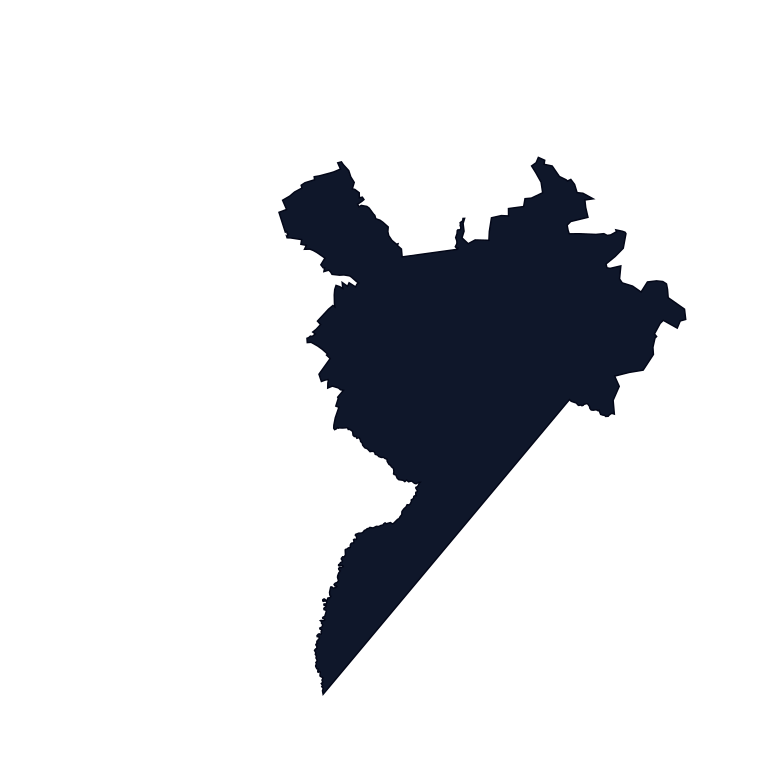 outline of Z F Mgcawu, Northern Cape, South Africa, rotated 220°
{"feature_id": "47623444B49450251729649", "entity_name": "Z F Mgcawu", "entity_type": "district", "adm_level": 2, "iso_a3": "ZAF", "parent_name": "South Africa", "parent_adm1": "Northern Cape", "projection": "robinson", "projection_center": [20.762, -27.405], "detail": "fine", "context": "isolated", "style": "filled", "palette": "ink", "viewbox_px": 768, "rotation_deg": 220, "n_neighbors": 0, "source": "geoboundaries", "source_scale": "gbopen_adm2", "svg_char_len": 6171}
<svg xmlns="http://www.w3.org/2000/svg" viewBox="0 0 768 768"><g transform="rotate(220 384 384)"><path d="M552.2,433.7L549.9,435.6L539.9,441.7L537.5,437.6L532.6,440.3L531.5,436.1L527.4,439.7L524.1,440.8L519.9,441.6L510.2,442.5L509.0,434.7L505.2,433.9L504.2,434.9L502.3,431.5L499.5,435.7L496.9,435.5L494.3,434.6L488.0,438.8L484.8,441.8L479.9,444.7L477.7,445.0L471.0,444.8L468.4,445.1L468.9,443.2L468.2,440.1L475.8,439.1L474.7,435.4L481.3,434.9L477.0,430.7L480.5,430.1L484.1,428.7L482.5,424.7L479.4,420.3L473.5,413.6L471.2,411.5L473.6,411.3L474.6,405.7L475.4,389.4L470.8,388.8L471.1,382.4L472.0,378.0L468.8,378.2L469.5,374.4L471.2,373.3L471.5,371.1L472.4,369.5L469.4,366.4L466.6,369.1L459.2,370.5L453.8,370.9L446.5,370.7L446.6,369.2L441.6,368.9L440.1,349.7L433.6,345.7L431.5,349.3L429.8,351.4L428.7,350.6L427.8,348.9L424.5,344.7L422.2,349.2L416.3,351.7L413.7,351.6L411.0,353.1L411.0,344.1L409.7,343.4L406.7,336.1L403.6,337.2L399.6,326.8L396.0,320.3L394.1,317.8L392.5,317.3L391.7,319.0L391.5,320.8L390.6,320.8L389.9,321.8L387.5,323.6L384.3,326.7L383.7,327.0L382.2,326.2L380.8,327.3L377.6,327.5L374.8,324.9L373.0,324.7L371.8,325.8L369.9,325.0L368.5,327.0L366.1,325.9L364.9,324.9L362.8,324.8L360.9,323.4L357.7,322.8L355.1,323.7L351.2,323.2L349.8,324.9L348.2,325.7L347.3,325.7L345.5,324.5L343.4,325.4L341.3,325.1L338.7,326.1L337.3,327.5L335.3,327.6L333.4,328.3L331.8,326.8L328.5,325.6L326.8,325.9L325.1,325.4L322.4,325.4L320.1,323.2L318.9,321.3L318.0,321.2L316.6,322.0L313.3,320.3L311.2,320.2L307.5,322.5L305.3,322.6L304.9,324.9L302.3,324.9L301.0,326.8L300.2,327.5L297.0,327.5L295.8,327.9L295.2,328.4L294.2,331.0L293.2,331.8L293.3,331.2L292.3,326.9L293.1,325.6L292.9,324.8L289.6,323.6L289.3,322.9L290.0,321.5L288.8,319.9L287.5,319.2L288.7,317.9L288.9,317.1L287.8,315.2L288.6,312.7L287.4,311.5L286.8,308.7L287.0,307.6L288.7,306.4L288.1,304.0L288.5,301.4L288.4,298.7L288.2,297.7L286.4,295.4L286.4,292.8L285.9,290.6L286.6,289.0L287.1,283.2L287.8,282.2L290.0,282.0L292.4,278.4L293.9,278.3L294.3,276.8L294.2,275.3L295.6,273.4L296.3,271.6L298.4,270.0L299.8,266.7L302.6,265.1L302.8,263.8L303.9,262.3L304.1,260.7L304.9,259.2L304.8,256.8L305.2,255.7L305.9,254.8L307.4,253.6L309.1,250.5L308.6,249.6L307.1,249.6L305.3,247.7L305.3,247.2L307.0,246.0L307.2,245.1L305.9,244.2L305.1,242.8L306.4,241.5L306.7,240.4L306.3,239.0L304.8,237.2L306.0,235.4L306.3,233.7L307.1,232.6L307.1,232.0L303.7,228.3L303.3,226.1L304.6,225.1L304.6,223.0L303.8,222.2L302.3,222.0L301.9,221.4L301.8,220.8L302.5,219.2L302.2,217.7L302.6,216.5L302.4,216.0L301.9,215.7L301.0,216.2L299.3,218.4L298.0,218.0L298.5,216.1L300.1,214.7L300.2,213.6L299.3,212.8L297.3,212.7L297.2,210.2L296.1,207.1L295.2,205.9L292.5,204.1L292.2,202.2L293.3,200.1L293.4,198.4L292.0,197.8L291.0,198.7L290.1,198.6L290.2,197.4L291.3,195.1L293.6,195.0L294.3,194.2L291.8,189.4L289.8,187.5L288.4,187.3L288.1,186.8L288.1,185.5L289.4,184.0L288.6,181.9L288.7,181.4L289.2,181.1L291.5,181.0L292.0,180.4L292.2,179.3L291.5,178.5L290.8,178.5L289.4,180.3L287.5,180.2L286.9,178.4L288.5,177.0L288.2,176.3L287.7,176.0L286.2,176.8L285.6,176.6L285.3,176.0L285.9,174.1L285.6,173.1L284.7,172.6L283.5,173.3L282.4,173.1L282.0,172.6L280.0,167.9L280.8,166.2L280.7,165.4L280.1,165.1L278.4,165.8L277.7,165.0L278.0,163.9L280.3,162.4L280.6,161.8L279.0,161.9L278.2,160.6L276.4,160.3L275.3,158.3L276.3,155.7L275.4,155.1L273.8,155.7L273.3,155.2L273.0,153.9L271.6,152.6L271.4,152.1L271.7,151.5L273.0,151.0L273.5,150.2L273.6,148.2L272.8,147.5L271.5,148.3L270.2,147.9L269.9,147.2L270.2,146.0L269.6,145.2L270.1,143.9L269.2,142.7L268.4,142.6L268.8,141.1L268.6,140.4L266.7,139.8L265.5,138.2L266.1,137.0L266.0,135.3L263.5,134.3L262.8,132.7L261.0,132.3L260.0,130.4L258.1,129.7L257.1,128.5L257.2,126.9L255.9,126.2L255.3,124.3L254.7,123.7L252.4,122.7L251.4,123.3L249.7,120.9L249.1,120.9L248.4,122.3L247.7,122.5L245.6,119.5L244.9,119.1L242.3,119.7L241.7,119.2L241.2,117.3L239.2,116.2L239.5,114.2L237.3,113.7L237.2,112.2L234.8,111.7L234.0,109.5L231.2,107.2L231.9,491.3L229.5,491.1L224.3,493.1L222.1,492.6L221.0,492.8L219.9,494.3L218.4,494.6L217.7,495.8L217.8,496.8L216.3,499.1L215.3,499.7L212.3,499.0L210.6,497.7L208.6,497.3L206.9,498.4L204.9,500.7L202.8,501.1L202.4,502.1L198.5,500.0L196.0,501.0L195.0,501.9L193.4,501.6L191.5,503.4L191.6,504.5L191.2,506.6L190.6,508.0L188.2,509.0L198.0,518.8L202.3,533.4L212.4,538.3L203.6,550.5L194.4,561.2L196.6,579.8L201.6,585.0L205.9,593.3L205.7,595.6L209.0,596.2L211.4,607.9L211.0,612.3L195.3,615.3L197.6,622.7L194.4,627.4L201.9,634.5L221.8,632.8L227.6,638.7L231.9,642.2L232.6,642.2L236.3,641.7L241.5,638.2L247.8,631.5L246.2,619.7L256.5,618.8L266.5,614.6L271.1,615.9L278.5,626.7L285.1,617.9L287.9,616.3L291.1,618.7L288.9,630.2L288.0,641.8L295.3,654.7L296.9,655.2L299.4,654.3L305.5,651.1L303.8,650.1L306.2,643.9L308.5,641.3L312.2,640.5L317.8,634.8L331.3,624.4L338.6,618.1L341.7,620.0L345.8,623.4L345.4,628.5L334.9,642.8L343.0,648.9L348.4,654.1L342.8,660.3L354.2,658.0L359.1,654.7L366.3,659.4L372.4,660.8L373.9,657.4L375.8,657.5L383.0,655.7L395.3,659.1L402.6,655.2L404.7,658.7L411.4,656.8L409.7,651.3L411.1,645.9L403.7,643.5L393.4,639.6L385.4,632.5L390.6,621.1L395.1,616.6L391.1,609.7L401.4,598.4L396.6,592.8L402.4,588.4L408.5,580.4L401.4,568.6L396.0,561.5L406.8,552.9L409.7,545.6L418.2,546.1L420.9,552.5L426.6,557.8L428.7,562.7L429.9,561.6L428.6,559.6L429.4,556.5L428.2,555.6L427.6,554.4L425.6,553.2L424.8,551.5L424.9,551.0L426.5,549.5L426.5,548.6L424.7,546.1L423.2,542.2L420.4,540.6L419.2,539.4L418.3,538.1L417.6,535.0L416.0,534.8L414.9,535.7L414.2,534.5L451.8,493.0L457.4,498.6L462.7,498.7L463.4,500.4L464.3,499.1L470.2,499.1L475.8,500.7L479.0,503.2L481.7,507.0L488.8,507.2L492.5,506.9L496.5,505.3L499.5,507.3L501.1,507.4L508.5,509.2L511.3,509.0L516.2,506.2L517.1,503.6L519.8,504.8L518.4,509.5L517.9,512.4L520.7,513.2L522.6,510.8L525.9,514.6L531.5,514.3L533.7,513.1L536.4,519.3L542.6,521.3L548.2,524.8L556.3,525.9L559.4,526.8L561.6,523.7L555.5,520.7L558.8,514.2L560.9,511.0L567.3,501.9L570.7,497.9L568.5,495.8L573.9,487.4L575.2,483.0L572.8,481.4L575.9,473.6L577.0,467.3L579.8,459.6L570.8,455.1L574.8,448.0L557.2,436.9L556.5,438.2L554.3,436.7L553.6,437.1L553.1,434.8L553.7,434.7L552.2,433.7Z" fill="#0f172a" stroke="#020617" stroke-width="1.5"/></g></svg>